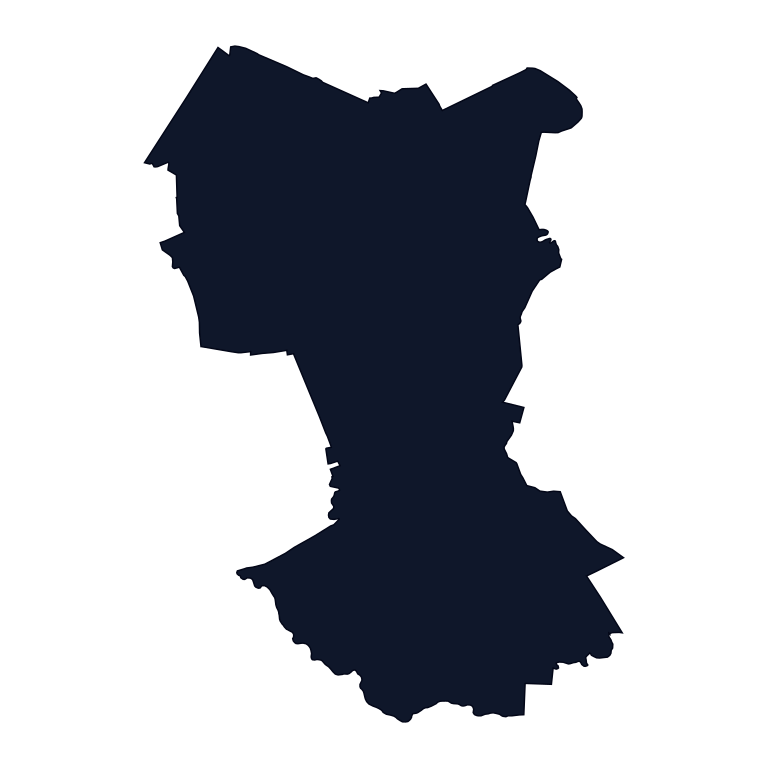 the district of Sintea Mare, Arad, Romania
{"feature_id": "2599482B97863351949549", "entity_name": "Sintea Mare", "entity_type": "district", "adm_level": 2, "iso_a3": "ROU", "parent_name": "Romania", "parent_adm1": "Arad", "projection": "equal_earth", "projection_center": [21.626, 46.508], "detail": "fine", "context": "isolated", "style": "filled", "palette": "ink", "viewbox_px": 768, "rotation_deg": 0, "n_neighbors": 0, "source": "geoboundaries", "source_scale": "gbopen_adm2", "svg_char_len": 6085}
<svg xmlns="http://www.w3.org/2000/svg" viewBox="0 0 768 768"><path d="M402.4,721.8L405.6,721.9L407.9,721.5L409.3,720.4L410.5,719.2L411.5,717.4L411.7,715.9L412.8,713.7L416.1,713.2L417.6,712.7L421.3,710.3L423.0,708.9L424.0,708.3L425.6,707.7L427.6,707.6L431.4,706.1L436.2,703.6L437.6,702.2L439.8,701.3L441.2,701.1L445.7,701.0L448.0,701.1L449.3,701.8L451.3,703.1L453.5,703.6L456.8,703.8L458.3,704.0L459.7,704.7L461.3,705.7L463.0,706.0L464.9,705.7L467.4,704.8L470.3,705.0L471.9,705.8L472.9,707.0L473.7,709.1L473.2,712.6L474.1,714.1L474.9,714.8L477.0,715.6L478.4,715.8L481.0,715.8L485.1,714.2L488.3,713.8L490.4,713.1L493.2,712.8L496.2,713.4L499.7,714.3L501.6,715.7L503.0,716.3L505.9,716.7L508.0,715.8L511.8,715.8L519.4,714.9L523.8,714.7L525.1,683.5L525.4,683.4L551.4,684.3L553.1,668.1L556.2,669.1L557.8,668.6L558.5,667.9L558.2,667.5L558.3,666.8L557.9,665.6L556.9,665.1L556.1,663.1L556.8,662.6L559.2,662.0L563.1,662.2L568.4,663.9L570.0,663.7L573.5,662.6L575.3,662.4L576.7,662.0L578.0,661.3L579.4,661.4L580.4,661.8L581.8,664.5L584.0,666.2L585.2,666.3L587.0,665.8L587.8,665.0L586.5,663.1L586.1,659.8L585.6,657.5L586.8,655.9L589.1,653.7L589.6,652.9L590.7,653.8L591.4,655.2L594.2,656.7L596.6,657.8L599.6,658.0L607.5,657.1L609.8,655.3L610.9,653.3L611.2,650.3L612.6,648.1L612.8,644.1L611.8,642.3L610.9,639.8L609.0,636.9L608.8,635.0L608.8,633.1L609.7,633.9L609.6,633.5L612.4,632.6L619.2,632.4L622.2,632.8L600.5,597.4L586.5,576.0L596.1,571.4L623.5,557.7L612.3,549.6L600.2,544.0L596.8,541.6L585.8,530.0L575.4,518.6L571.5,515.9L567.3,510.9L560.2,491.7L553.6,491.2L547.4,492.1L539.9,491.1L534.9,487.7L526.8,485.6L522.9,477.9L520.7,474.4L516.8,463.7L516.1,462.6L508.4,458.0L507.6,457.3L506.6,453.8L504.2,449.0L504.1,447.0L505.4,444.8L506.4,443.6L506.9,441.5L511.4,435.2L513.3,430.8L513.4,428.7L513.0,426.0L512.0,421.2L519.7,422.8L523.9,407.5L502.5,402.2L504.5,400.0L521.8,367.0L521.9,365.3L517.9,324.9L518.4,324.3L519.6,323.6L520.5,322.2L520.9,321.0L520.1,317.8L520.4,316.2L521.3,314.1L522.1,311.6L524.8,307.7L532.2,291.1L539.7,279.9L541.7,279.3L550.1,272.2L555.8,269.0L559.8,267.0L561.6,259.3L560.8,258.7L558.8,253.5L558.6,252.3L558.8,249.6L557.7,246.4L556.3,244.7L555.6,242.4L555.4,241.3L555.0,240.8L554.4,240.7L553.6,241.0L551.2,242.8L550.3,243.1L549.8,242.9L549.6,242.5L549.8,241.8L550.4,241.0L550.9,239.7L550.9,239.1L550.4,238.6L549.9,238.4L546.5,239.4L544.9,240.1L542.9,241.4L541.4,242.0L540.5,242.2L539.2,242.1L538.2,241.7L537.4,241.0L537.1,240.1L537.1,238.5L537.6,237.7L538.7,237.0L541.8,235.8L545.8,235.1L546.8,234.6L547.6,233.7L548.1,232.3L548.1,231.6L547.5,230.9L546.3,230.2L544.5,229.6L543.1,229.4L541.9,229.4L540.2,229.6L539.0,229.6L533.1,217.3L527.4,207.5L524.9,204.5L525.7,201.2L530.1,180.3L531.1,176.9L531.0,176.0L535.8,155.8L538.8,140.9L541.3,132.4L542.8,132.2L544.6,132.2L555.1,132.7L558.1,132.6L561.4,131.1L570.8,128.0L571.4,127.7L578.0,122.0L581.3,118.3L581.7,117.4L582.0,116.1L582.1,111.9L582.0,109.0L580.8,105.7L579.1,103.0L576.6,99.4L576.4,98.0L576.9,97.4L575.5,95.8L569.4,90.2L557.8,81.5L540.3,70.7L535.0,68.5L532.7,68.2L527.1,68.0L526.1,69.6L519.8,72.8L492.5,85.4L492.2,86.3L442.3,110.5L439.8,106.3L439.0,104.1L426.0,84.1L418.3,88.3L402.1,88.8L396.5,92.3L394.6,93.3L383.3,90.8L380.1,90.6L381.4,92.8L381.3,93.4L379.1,97.2L373.7,97.4L371.3,98.1L369.8,98.1L368.2,102.8L322.6,82.3L321.4,80.9L319.3,79.5L316.4,77.9L315.4,77.9L313.7,78.3L312.5,78.3L309.4,77.0L303.3,74.8L287.1,66.9L258.8,54.8L257.1,53.6L245.7,48.3L238.9,46.6L234.9,46.1L230.7,46.9L229.8,54.8L229.1,55.7L218.0,47.5L186.6,97.4L144.5,162.7L149.8,164.0L151.2,163.5L152.4,163.6L154.1,166.8L155.7,166.9L157.7,166.6L167.9,162.3L168.7,162.7L168.9,163.8L168.1,168.6L168.0,170.1L176.4,175.0L177.1,197.2L176.3,197.5L176.7,198.9L177.4,213.5L178.8,215.9L179.7,225.7L184.4,232.4L164.7,241.2L160.2,242.7L162.4,249.9L169.8,255.1L172.4,257.6L172.8,261.9L172.4,266.6L173.2,267.9L174.6,268.5L179.4,267.2L183.8,275.3L185.2,276.5L187.7,281.1L193.6,296.0L198.7,317.1L199.4,322.2L199.6,333.0L201.0,346.6L201.5,346.6L231.4,351.7L238.1,352.7L241.1,352.7L250.7,351.6L250.6,355.0L262.2,353.4L273.3,352.5L286.8,350.3L287.4,354.8L293.6,353.7L293.6,354.0L309.0,391.4L319.5,416.8L325.7,432.8L327.4,436.3L331.0,446.0L331.3,447.3L326.5,448.2L326.0,448.5L325.9,449.1L328.1,463.9L330.5,463.5L337.7,461.1L340.1,465.7L330.4,469.3L332.9,476.2L331.9,476.8L332.2,478.4L329.5,484.5L330.3,486.3L338.6,488.1L339.4,489.2L339.5,490.4L338.0,491.1L335.3,491.9L334.7,492.8L334.3,494.9L333.7,496.5L331.6,499.1L331.4,500.8L331.6,503.0L333.8,506.3L333.6,508.4L328.9,512.8L328.5,515.1L328.9,517.4L330.3,519.0L334.0,519.4L338.9,518.5L339.2,519.3L333.8,524.8L330.6,526.0L314.7,535.9L294.4,547.3L285.3,553.4L264.8,564.2L252.8,567.2L246.6,568.0L244.4,568.8L237.4,570.9L236.8,572.5L237.1,573.8L238.6,575.2L240.3,575.9L240.9,577.8L243.1,579.3L244.7,579.4L247.3,577.8L250.5,578.1L251.8,578.9L252.7,579.8L253.5,582.1L254.7,585.9L255.8,587.1L257.8,588.0L258.8,588.2L260.3,587.8L261.6,585.8L264.5,585.6L267.2,587.0L269.9,589.7L272.1,593.6L274.2,596.9L274.8,597.5L274.9,598.4L275.2,599.4L275.9,604.8L276.7,607.5L278.1,610.3L278.7,612.0L278.9,613.9L279.2,614.9L279.6,619.2L280.2,621.0L282.2,624.1L283.3,625.2L284.3,626.8L286.4,629.1L292.3,632.2L293.1,633.3L293.6,634.2L293.7,635.7L293.5,637.2L292.7,638.6L293.3,640.9L294.7,642.6L296.0,643.5L297.9,643.7L301.3,643.2L303.1,643.1L306.2,643.8L308.2,645.3L309.3,646.6L310.3,648.1L311.0,650.4L311.6,653.5L311.2,656.4L311.3,657.8L311.8,659.0L312.4,659.7L314.6,660.0L316.6,659.5L317.8,659.5L320.7,660.0L322.2,660.8L324.9,664.0L326.2,665.1L328.6,666.7L330.9,669.2L332.9,671.7L335.2,674.0L336.2,674.4L338.1,674.9L342.5,674.4L343.8,673.9L347.5,674.1L349.0,673.6L350.9,672.2L352.1,671.0L353.0,670.4L353.9,670.1L354.7,670.0L355.5,670.3L356.5,671.4L357.8,673.9L359.8,675.1L361.3,676.8L361.9,678.9L361.9,680.5L360.0,684.4L360.0,686.7L360.6,688.2L361.8,689.2L363.3,691.2L363.9,692.9L364.8,696.8L365.4,699.0L366.7,701.6L368.9,704.0L373.1,706.1L376.4,707.3L378.9,708.5L381.2,709.9L382.3,711.0L383.2,712.4L386.3,714.2L390.6,715.1L393.9,716.1L396.0,717.4L397.4,718.8L400.2,720.6L402.4,721.8Z" fill="#0f172a" stroke="#020617" stroke-width="1.5"/></svg>